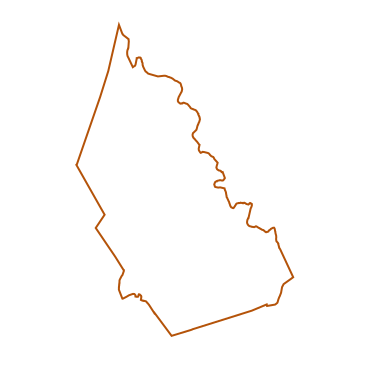 Zvishavane Urban, Midlands, Zimbabwe, rotated 194°
{"feature_id": "62879985B32453879798080", "entity_name": "Zvishavane Urban", "entity_type": "district", "adm_level": 2, "iso_a3": "ZWE", "parent_name": "Zimbabwe", "parent_adm1": "Midlands", "projection": "equal_earth", "projection_center": [30.044, -20.326], "detail": "fine", "context": "isolated", "style": "outline", "palette": "amber", "viewbox_px": 384, "rotation_deg": 194, "n_neighbors": 0, "source": "geoboundaries", "source_scale": "gbopen_adm2", "svg_char_len": 5876}
<svg xmlns="http://www.w3.org/2000/svg" viewBox="0 0 384 384"><g transform="rotate(194 192 192)"><path d="M105.3,91.3L92.3,101.0L91.6,99.6L84.3,102.8L83.9,103.1L82.4,105.1L82.3,105.7L82.2,108.7L81.9,111.2L81.7,111.8L81.2,115.8L81.6,121.5L80.8,124.8L74.5,132.2L73.2,133.8L92.7,157.9L94.0,159.0L94.0,159.4L94.3,159.9L94.6,160.3L95.0,161.2L95.3,161.5L95.6,162.3L95.6,162.5L95.9,162.6L96.3,163.4L97.3,164.1L97.8,164.3L98.4,165.0L98.5,165.4L98.5,165.5L99.0,166.6L99.3,168.5L99.9,170.3L100.3,170.9L100.9,172.0L101.2,172.7L101.3,172.9L101.6,173.8L101.9,174.1L102.1,174.7L103.0,176.5L103.4,176.9L103.7,177.2L104.7,176.9L105.6,176.1L106.1,175.7L106.6,175.2L106.7,174.8L107.6,173.7L107.9,173.5L108.2,172.8L108.3,172.6L108.3,172.2L109.0,171.6L109.9,171.3L110.3,170.9L110.6,170.9L110.8,171.1L111.9,171.4L113.0,172.1L113.5,172.3L114.8,172.3L116.3,172.8L116.7,172.8L117.3,173.0L117.5,173.2L117.9,173.3L118.5,173.3L121.1,174.2L121.5,174.2L121.8,174.0L122.0,174.0L122.4,173.5L123.1,173.1L123.3,172.9L124.6,172.9L125.0,172.7L125.7,172.7L126.3,172.8L128.1,172.8L129.2,173.3L129.4,173.5L130.0,173.9L131.0,175.2L131.3,176.1L131.3,176.4L131.4,176.8L131.5,178.5L131.3,179.0L131.3,179.8L131.2,180.3L131.0,180.5L130.9,180.5L131.1,190.1L131.0,190.8L130.8,191.2L130.8,191.9L130.7,192.3L130.7,193.9L131.0,194.3L131.0,194.5L131.1,194.9L132.7,195.4L133.0,195.4L133.3,195.0L133.3,194.8L133.5,194.8L133.9,193.9L134.2,193.5L136.2,193.5L136.6,193.7L136.9,193.7L137.4,194.0L137.5,194.0L138.7,194.2L138.8,194.0L139.1,194.0L139.7,193.6L140.0,193.6L140.0,193.4L142.3,193.4L142.6,193.0L143.0,192.8L143.6,192.8L144.2,192.6L144.6,192.2L145.5,191.9L146.1,191.3L146.4,190.6L146.4,190.2L146.9,189.1L146.9,188.7L147.4,187.6L147.4,187.4L147.5,187.0L148.1,186.3L148.8,186.3L149.7,186.6L150.1,186.6L150.7,187.0L151.1,187.5L151.4,187.7L151.6,188.1L152.0,188.6L152.6,189.7L153.2,190.4L153.3,190.8L153.6,191.2L153.9,191.7L154.4,192.1L155.4,193.5L156.0,194.1L156.4,194.8L156.9,195.2L157.2,195.5L157.4,196.1L157.7,197.0L158.0,197.4L158.3,198.3L158.5,198.5L158.9,199.7L159.2,200.1L159.5,200.7L160.4,201.7L160.7,202.3L161.0,202.7L161.3,203.4L165.8,203.3L167.7,202.6L170.7,202.5L171.5,203.4L171.7,204.0L172.2,204.5L172.2,206.0L171.9,206.7L171.9,207.3L170.8,208.4L170.6,208.4L170.6,208.6L170.2,208.8L169.9,209.1L169.2,209.5L168.6,209.7L167.7,210.3L166.1,210.3L165.7,210.5L165.1,210.5L164.8,210.7L164.5,210.9L164.2,211.6L163.7,212.7L163.7,213.1L163.5,213.3L163.5,213.5L167.1,218.8L167.9,218.4L168.7,218.9L169.0,219.3L169.5,219.5L171.2,219.4L171.5,219.6L171.8,219.6L173.1,220.1L174.0,221.2L174.1,221.6L174.3,221.8L174.3,224.3L174.2,225.1L174.2,226.6L178.3,229.4L179.3,230.7L179.9,231.1L181.9,231.4L183.4,232.3L183.5,232.3L184.0,232.8L185.3,233.6L185.7,233.6L186.1,233.7L190.4,233.7L190.8,233.5L191.4,233.5L191.5,233.3L191.9,233.1L192.2,232.7L192.7,232.3L193.1,232.1L193.7,232.5L195.3,234.0L195.6,234.5L196.0,235.8L196.1,239.6L196.6,239.8L199.0,241.8L199.7,242.3L200.7,242.9L201.2,243.2L201.5,243.6L201.8,243.8L202.1,244.0L202.5,244.1L202.9,244.5L203.7,244.9L204.0,245.2L204.0,245.4L204.2,245.6L204.8,246.3L205.3,247.6L205.3,249.3L205.1,249.6L202.8,253.3L202.8,253.7L202.7,254.1L202.7,257.6L202.6,257.9L202.6,258.3L202.4,258.7L202.5,259.0L202.3,259.6L202.3,260.1L202.2,260.3L202.2,261.1L201.9,261.8L201.9,262.4L201.9,264.6L202.6,265.8L202.6,266.2L202.8,266.6L203.1,266.8L203.4,267.1L203.5,267.5L203.8,267.7L204.4,268.4L204.6,268.8L204.8,269.1L204.8,269.3L205.0,269.3L205.1,269.5L205.3,269.8L206.0,270.6L207.3,271.7L207.6,272.0L207.9,272.0L208.2,272.2L208.8,272.4L209.5,272.4L210.1,272.5L210.7,272.5L211.0,272.7L211.9,272.7L213.5,273.0L214.6,274.1L216.5,275.4L216.8,275.7L218.0,276.3L220.0,276.4L220.6,276.6L221.9,276.6L222.2,276.4L222.6,275.8L222.8,275.8L222.8,275.6L224.7,274.9L225.1,275.2L226.3,275.6L226.6,275.8L226.8,275.8L227.7,276.8L227.7,277.0L228.0,277.8L228.0,279.0L227.9,279.4L227.9,280.7L226.5,286.4L226.3,286.8L226.4,289.4L226.5,289.6L226.8,290.3L226.9,290.5L227.0,290.8L228.0,292.1L228.4,293.0L228.7,293.4L228.9,293.8L229.4,294.5L230.2,295.0L230.8,295.0L231.9,295.4L232.7,295.7L233.4,295.9L235.4,296.0L238.2,297.3L240.2,297.8L241.1,297.8L241.7,298.0L243.1,297.9L243.6,298.1L244.2,298.1L244.7,298.3L246.3,298.3L246.8,298.1L247.1,298.1L253.0,295.9L262.3,296.2L262.7,296.3L263.3,296.3L265.2,297.4L266.2,297.7L266.7,298.3L267.0,298.5L269.8,301.9L270.2,302.7L270.6,303.2L271.2,305.2L272.0,306.1L272.1,306.5L272.4,306.8L272.4,307.0L272.7,307.8L273.3,308.5L273.6,308.7L274.2,309.4L274.3,309.8L274.6,309.9L275.2,309.9L275.6,309.7L276.2,309.7L276.4,309.5L277.8,308.6L277.8,308.4L278.0,308.4L277.9,307.7L277.6,301.8L277.9,300.7L278.0,300.7L279.6,298.8L286.7,307.5L287.1,307.9L287.4,308.3L288.1,309.7L288.3,310.4L288.6,311.4L288.9,313.0L288.9,314.7L288.7,315.0L288.8,316.0L288.6,316.2L288.6,316.3L289.7,322.6L289.8,323.1L290.1,323.7L290.3,324.2L290.4,324.4L290.4,324.6L290.6,324.8L290.6,325.0L296.5,327.6L297.1,328.0L297.7,328.7L297.9,328.7L303.3,336.5L302.5,289.1L304.1,262.2L310.4,191.0L310.5,191.0L310.8,190.4L271.3,148.8L276.7,133.8L250.8,110.6L239.6,99.8L239.3,99.8L239.0,99.0L239.4,94.6L240.0,93.3L240.8,89.8L240.9,89.4L240.9,88.3L240.8,88.0L240.5,86.7L240.5,86.1L240.3,86.0L240.3,84.8L240.2,84.7L240.2,83.9L240.0,83.6L240.0,82.6L239.9,82.3L239.9,81.9L239.7,81.5L239.7,81.2L239.4,79.9L239.3,79.5L233.8,71.7L233.4,71.7L230.2,74.5L228.1,76.6L224.7,78.8L224.4,78.8L224.0,79.0L223.7,79.0L223.3,79.1L222.9,78.9L222.1,78.3L221.8,78.0L221.7,77.6L221.7,77.4L221.5,77.2L221.5,76.9L220.4,76.9L219.1,77.3L218.9,77.5L218.9,79.7L218.8,79.9L217.9,79.9L216.7,79.2L216.3,79.0L215.9,78.4L215.9,77.9L215.7,77.5L215.7,77.0L215.6,76.4L215.6,75.5L215.4,75.3L215.4,74.9L214.7,74.8L214.2,74.6L213.1,74.6L213.1,74.8L210.8,74.8L210.3,74.7L210.0,74.7L209.2,74.1L208.3,73.4L207.8,73.2L207.0,72.5L206.4,72.1L206.1,71.8L199.9,66.0L199.3,65.4L199.2,65.7L177.0,47.5L158.8,58.4L158.5,58.8L105.3,91.3Z" fill="none" stroke="#b45309" stroke-width="2"/></g></svg>